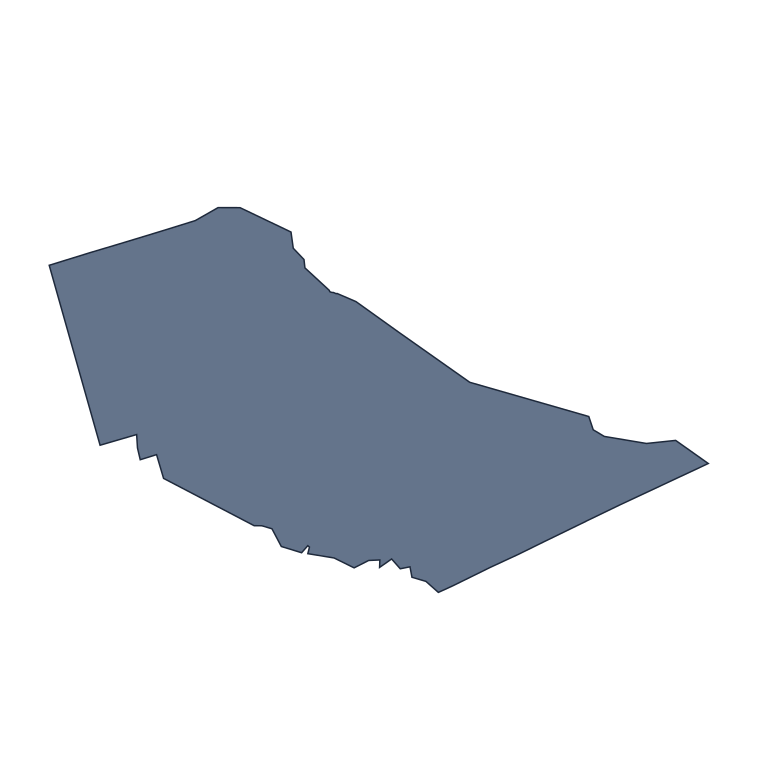 DeKalb, Alabama, United States of America (Natural Earth projection), rotated 74°
{"feature_id": "52423323B14233481639127", "entity_name": "DeKalb", "entity_type": "district", "adm_level": 2, "iso_a3": "USA", "parent_name": "United States of America", "parent_adm1": "Alabama", "projection": "natural_earth1", "projection_center": [-85.762, 34.53], "detail": "fine", "context": "isolated", "style": "filled", "palette": "slate", "viewbox_px": 768, "rotation_deg": 74, "n_neighbors": 0, "source": "geoboundaries", "source_scale": "gbopen_adm2", "svg_char_len": 925}
<svg xmlns="http://www.w3.org/2000/svg" viewBox="0 0 768 768"><g transform="rotate(74 384 384)"><path d="M177.6,673.1L364.6,673.8L364.4,635.7L377.5,638.6L389.6,639.2L389.2,622.1L414.0,621.9L484.4,547.9L486.6,540.5L492.3,531.6L511.9,527.5L523.5,509.7L518.4,501.8L520.2,500.6L526.1,504.0L537.5,479.9L552.5,463.4L549.4,447.4L552.0,436.5L559.1,438.8L554.3,424.9L566.1,419.3L566.9,409.4L577.5,410.4L585.3,398.1L599.3,389.2L599.2,388.4L596.9,373.1L589.6,332.6L584.8,301.8L584.6,300.7L579.6,272.9L571.7,227.8L571.6,227.6L565.3,191.0L549.8,94.2L518.6,119.2L513.5,148.1L495.1,186.7L485.7,195.5L471.7,196.1L406.0,301.1L338.0,355.8L297.1,388.2L284.0,404.2L284.0,405.1L282.1,407.4L281.7,408.6L281.0,409.9L280.2,410.7L278.9,410.8L277.4,411.7L250.6,428.0L242.3,426.6L228.5,433.8L212.3,431.5L174.8,473.8L168.7,494.9L174.9,520.4L175.7,556.4L176.4,601.2L176.7,630.1L177.6,673.1Z" fill="#64748b" stroke="#1e293b" stroke-width="1.5"/></g></svg>